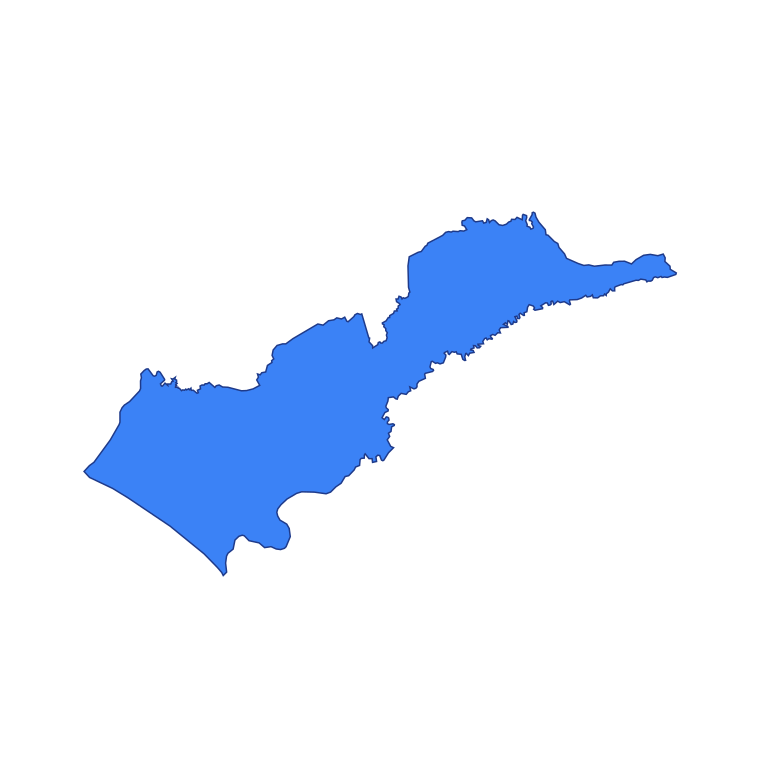 Gio Linh, Quảng Trị, Vietnam (Albers equal-area conic projection), rotated 162°
{"feature_id": "81297802B57271723433997", "entity_name": "Gio Linh", "entity_type": "district", "adm_level": 2, "iso_a3": "VNM", "parent_name": "Vietnam", "parent_adm1": "Quảng Trị", "projection": "albers", "projection_center": [106.934, 16.913], "detail": "fine", "context": "isolated", "style": "filled", "palette": "blue", "viewbox_px": 768, "rotation_deg": 162, "n_neighbors": 0, "source": "geoboundaries", "source_scale": "gbopen_adm2", "svg_char_len": 6152}
<svg xmlns="http://www.w3.org/2000/svg" viewBox="0 0 768 768"><g transform="rotate(162 384 384)"><path d="M585.3,451.7L586.8,449.9L589.9,450.9L590.1,449.5L592.0,452.5L595.3,450.5L596.3,450.9L596.6,453.2L591.6,455.4L591.2,456.2L593.3,464.4L594.6,465.8L596.0,465.6L598.0,462.6L599.8,462.3L601.0,463.2L603.7,471.3L605.5,471.7L608.0,470.9L612.2,468.6L612.8,464.8L614.6,462.2L616.9,454.9L618.7,452.9L631.4,445.9L637.4,444.2L640.4,442.4L643.8,438.8L646.9,429.3L648.4,427.3L661.7,415.3L684.0,399.2L689.4,397.4L696.3,393.5L692.9,386.1L674.3,368.5L662.6,354.8L631.5,315.1L607.6,278.1L599.2,261.1L596.6,254.9L596.1,251.5L591.8,253.7L590.0,262.6L586.9,269.0L584.6,271.3L578.5,273.6L574.0,281.6L569.1,284.0L565.6,284.0L563.8,282.9L560.8,276.7L551.9,271.5L548.1,265.3L541.7,264.2L537.5,260.4L533.5,258.5L529.4,258.5L527.4,259.5L520.3,267.8L518.8,275.9L519.8,280.8L525.0,286.7L525.9,291.3L525.6,295.1L523.6,298.1L519.2,301.1L511.7,304.6L500.9,307.0L495.6,306.9L483.7,302.7L473.0,297.5L468.2,297.7L461.5,301.1L455.4,302.9L449.6,308.0L445.9,307.7L438.9,311.5L436.7,313.8L432.4,314.1L430.1,319.5L428.7,320.3L425.7,319.6L424.6,322.5L423.5,323.4L421.3,317.6L418.4,316.7L419.1,313.0L415.0,312.6L414.2,317.2L411.9,318.2L410.2,317.3L409.9,312.4L408.8,311.4L407.7,311.6L401.0,317.2L394.6,320.5L396.9,322.6L398.2,329.9L394.8,332.4L395.0,335.8L392.0,336.7L390.0,340.9L387.1,341.4L386.7,342.2L387.8,343.4L391.8,344.0L393.0,345.3L392.5,346.9L390.4,348.1L390.1,350.3L390.7,351.2L392.0,352.0L394.7,350.1L396.3,352.5L392.0,356.6L388.4,357.1L387.9,358.4L389.2,360.5L389.1,362.3L385.6,366.5L384.1,369.7L379.0,368.8L377.4,366.3L376.1,365.5L374.1,368.1L370.6,369.8L366.1,367.3L363.2,369.1L360.7,369.3L360.4,373.3L357.0,370.1L355.0,370.1L353.5,371.1L352.6,373.8L350.0,375.8L342.9,376.6L342.3,380.7L341.5,381.4L334.0,380.9L332.7,381.6L332.7,382.6L334.8,384.3L335.0,386.1L332.1,390.7L330.9,390.6L328.6,387.7L326.7,387.7L324.5,385.8L321.0,385.8L317.0,390.6L316.2,392.4L317.3,394.8L316.2,395.3L313.4,395.6L313.5,392.8L312.8,391.9L309.4,393.8L307.2,392.4L305.4,392.4L305.1,390.0L301.4,388.4L301.4,383.1L300.1,381.5L299.1,381.3L298.8,384.8L296.9,387.7L296.3,387.7L295.0,384.9L293.0,386.8L288.6,386.2L288.8,388.3L291.1,389.6L290.5,390.4L287.2,390.5L287.0,392.9L285.3,392.2L284.2,389.5L282.0,389.0L280.4,390.0L282.4,391.5L282.4,392.8L276.9,391.5L276.9,393.9L274.3,396.1L272.7,396.2L272.2,394.1L270.2,394.7L267.4,393.2L266.9,393.8L267.9,395.6L267.8,397.1L265.2,397.5L263.3,396.0L260.0,397.6L257.5,396.6L257.7,399.9L255.7,401.5L248.6,399.6L248.4,400.4L252.0,403.9L249.6,404.7L248.3,402.7L246.5,405.9L245.7,405.4L244.7,401.3L243.0,401.2L241.4,403.4L240.5,402.1L238.8,401.8L238.1,402.8L238.7,407.6L236.6,407.5L236.7,405.0L235.0,404.4L234.2,405.2L234.1,408.5L232.6,409.2L230.1,406.1L229.3,405.9L228.7,408.5L225.8,408.6L223.7,412.7L221.4,414.6L218.0,412.1L217.3,409.9L218.6,408.8L217.6,407.5L210.0,406.6L209.5,407.6L210.7,409.9L205.2,411.3L203.6,410.5L203.3,408.0L201.6,407.8L200.3,408.4L199.7,410.8L198.6,411.0L198.0,410.7L197.9,407.1L193.2,409.1L191.3,407.0L187.1,406.6L182.9,401.9L182.0,402.3L182.0,405.8L181.3,406.6L174.2,404.6L169.5,404.7L164.7,406.0L163.9,404.0L160.4,403.5L158.3,404.4L158.3,401.3L154.1,399.9L150.9,401.0L147.9,400.1L146.5,401.4L145.3,399.6L144.7,401.1L142.2,402.0L139.4,404.6L138.0,402.0L135.8,401.3L134.9,404.4L134.0,405.0L127.7,405.3L126.2,404.5L125.1,405.2L112.2,404.8L110.0,403.9L107.4,404.4L102.9,402.1L102.4,399.9L101.1,400.3L98.4,399.4L96.8,399.8L94.7,401.9L92.9,402.1L90.8,400.5L87.3,400.7L86.7,399.4L84.2,399.1L81.5,397.8L72.6,398.0L71.7,399.3L76.3,404.6L75.6,407.7L79.0,413.7L77.6,417.1L78.3,421.3L83.9,421.4L90.7,425.0L97.3,426.2L105.8,424.4L111.5,421.7L117.2,426.4L122.7,428.1L127.9,428.8L130.6,426.7L137.2,428.9L147.5,431.0L152.4,434.0L157.3,435.0L162.1,438.6L171.6,447.1L172.1,452.0L175.4,459.8L175.3,463.9L178.0,466.9L182.0,474.8L183.8,475.9L182.9,480.9L186.7,490.0L187.9,495.8L187.6,499.8L188.8,501.2L190.1,501.1L190.8,499.3L195.1,495.3L195.2,494.6L193.9,494.0L192.9,492.1L194.0,490.8L193.3,487.1L194.2,486.0L196.5,485.9L196.8,488.0L199.2,489.9L198.5,491.5L198.8,495.5L196.8,498.2L196.4,500.1L199.2,502.3L200.1,501.7L201.8,497.5L206.0,501.4L208.5,500.0L211.8,501.2L213.0,499.6L215.4,499.5L218.1,498.2L222.1,498.1L225.4,499.9L227.9,504.8L229.5,506.3L231.5,506.2L233.8,505.0L233.7,507.8L234.8,509.2L236.9,506.1L239.4,506.2L239.9,508.8L246.7,509.9L248.0,511.3L249.3,514.9L253.4,516.5L256.6,514.7L259.1,515.0L259.9,513.9L260.6,510.8L258.6,509.4L257.6,505.2L260.9,504.8L264.3,506.3L266.3,506.0L271.2,508.0L273.1,507.7L275.4,509.0L278.5,509.2L282.3,507.2L298.8,504.4L300.4,502.6L302.2,502.3L307.6,498.5L310.8,498.7L320.7,497.2L324.7,488.9L330.8,468.4L331.0,463.4L332.3,462.8L333.8,459.8L335.4,459.3L337.7,459.0L339.1,460.1L340.6,459.3L340.9,461.5L342.6,462.8L344.3,460.5L346.3,461.1L346.6,458.4L344.4,455.7L344.2,454.5L346.4,453.8L347.1,451.7L348.9,451.3L348.9,449.5L351.6,450.2L353.1,448.2L357.4,447.3L358.1,445.5L359.4,445.9L362.5,443.4L366.7,442.6L366.9,441.6L365.6,440.3L366.5,438.5L365.2,436.2L365.8,434.2L365.0,431.7L366.6,429.8L366.7,427.1L368.6,424.5L371.0,424.6L372.8,423.5L374.3,423.8L374.9,425.3L376.6,425.2L377.8,423.3L383.6,421.8L383.0,424.0L385.2,428.7L383.5,432.1L384.2,432.6L383.5,457.5L384.9,457.4L387.5,459.3L390.3,458.8L391.8,457.4L398.9,454.3L400.0,455.2L400.7,459.7L404.3,459.0L408.5,461.5L411.7,460.5L417.2,461.3L423.7,458.8L428.4,461.5L456.5,455.3L465.0,452.5L468.0,453.5L473.8,453.7L478.9,450.6L481.6,445.8L481.1,441.9L483.7,440.9L483.9,439.1L489.1,437.7L492.8,432.0L496.8,432.5L498.9,431.0L501.2,432.6L501.3,429.3L503.8,427.2L502.6,421.1L510.0,419.8L516.7,420.2L521.7,421.6L533.4,429.1L538.4,431.0L541.1,434.0L544.1,434.2L545.9,433.0L549.8,439.5L552.2,438.9L554.1,439.5L555.3,438.6L557.6,439.3L559.6,438.9L560.0,436.1L563.4,435.7L563.3,433.1L564.7,433.0L567.3,437.0L569.3,437.5L568.9,439.7L570.9,438.7L571.3,439.8L573.6,439.4L574.1,440.4L575.7,439.7L577.2,440.6L578.6,440.2L579.9,443.1L581.0,443.6L580.9,444.6L583.3,445.3L582.7,446.6L581.8,446.6L582.2,447.9L580.7,448.4L581.5,449.6L580.6,449.9L580.1,451.8L581.5,453.4L580.5,454.8L583.2,453.9L584.4,454.6L583.7,451.9L585.3,451.7Z" fill="#3b82f6" stroke="#1e3a8a" stroke-width="1.5"/></g></svg>